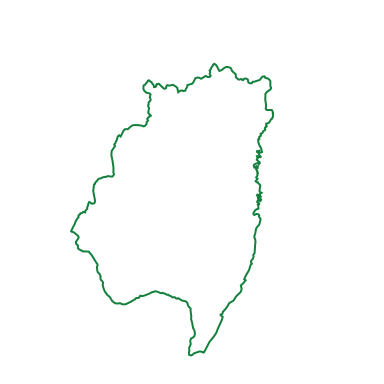 Muse, Shan, Myanmar (Mercator projection), rotated 124°
{"feature_id": "60261553B93917356889079", "entity_name": "Muse", "entity_type": "district", "adm_level": 2, "iso_a3": "MMR", "parent_name": "Myanmar", "parent_adm1": "Shan", "projection": "mercator", "projection_center": [97.913, 23.713], "detail": "fine", "context": "isolated", "style": "outline", "palette": "green", "viewbox_px": 384, "rotation_deg": 124, "n_neighbors": 0, "source": "geoboundaries", "source_scale": "gbopen_adm2", "svg_char_len": 6039}
<svg xmlns="http://www.w3.org/2000/svg" viewBox="0 0 384 384"><g transform="rotate(124 192 192)"><path d="M55.6,196.6L57.1,198.2L61.2,198.5L65.7,202.0L66.7,203.3L68.5,203.3L69.3,204.4L69.7,206.4L69.0,207.3L67.9,208.1L67.6,208.7L67.6,209.8L67.9,211.0L68.7,211.9L70.8,212.3L71.0,213.2L70.7,213.7L70.8,214.4L72.2,215.5L72.8,216.4L72.4,219.7L69.8,221.8L69.7,223.7L69.3,226.3L67.9,228.6L67.6,229.3L67.7,230.5L69.1,233.5L71.3,234.7L73.8,235.4L76.2,236.8L76.3,237.2L73.8,241.7L73.3,243.3L73.2,245.2L73.6,245.4L74.3,245.4L74.8,245.7L75.5,245.5L78.3,245.5L79.1,245.1L80.0,245.3L80.6,245.0L81.5,245.3L82.4,244.0L84.1,243.4L84.7,242.9L85.1,241.6L86.6,241.6L87.8,243.1L88.0,243.8L88.0,245.4L88.9,246.0L89.6,246.1L90.2,246.6L91.0,246.8L93.0,247.7L93.3,250.1L94.1,251.5L95.7,252.8L100.7,252.2L102.3,252.5L105.9,255.6L107.7,254.8L110.4,254.6L111.8,254.2L113.3,255.9L113.3,257.0L114.7,258.4L117.0,259.2L113.9,262.5L113.6,264.4L113.8,267.7L116.5,270.3L117.2,272.2L118.8,272.4L120.3,271.6L121.1,271.9L121.7,272.4L122.0,273.3L120.8,280.1L122.4,281.0L122.5,281.6L123.4,281.5L124.3,280.9L125.4,281.1L126.3,282.1L124.9,283.5L124.1,286.2L123.6,286.8L123.7,289.5L123.5,290.2L124.4,290.8L125.7,290.5L126.6,290.8L127.5,290.7L128.0,290.9L129.4,290.9L130.2,291.5L131.0,291.6L133.8,289.9L134.8,288.0L135.2,285.4L134.0,282.4L134.2,281.0L137.2,279.9L138.1,278.4L138.9,277.7L140.8,277.7L142.0,278.1L143.7,276.9L144.7,276.9L145.7,275.9L146.5,274.5L150.3,272.9L151.0,272.3L151.6,269.0L152.3,268.8L152.9,269.7L154.3,269.6L155.1,270.0L156.3,270.1L157.3,268.4L159.3,268.7L160.5,267.9L162.1,267.8L163.4,268.0L164.6,268.7L165.2,271.0L166.4,273.6L168.9,277.5L170.1,278.6L172.3,279.5L175.8,280.3L177.5,282.8L179.6,283.0L185.9,282.2L185.7,284.1L187.3,284.6L191.9,283.2L192.5,283.4L193.9,282.9L196.1,283.0L196.5,282.0L197.1,281.8L197.2,281.5L202.9,281.5L206.4,279.6L210.3,275.6L215.6,270.8L219.9,268.0L220.8,266.7L222.4,266.4L223.7,266.7L224.9,268.4L225.6,270.3L226.5,271.1L227.7,271.8L228.5,273.2L230.3,274.5L231.2,274.8L232.8,276.4L234.2,277.0L236.1,277.0L237.6,277.3L238.6,277.4L239.4,277.0L240.6,277.4L246.5,274.4L253.1,267.8L254.4,267.0L255.9,266.7L257.2,267.8L257.8,268.8L257.6,270.5L257.8,271.6L260.0,271.3L261.6,270.5L262.9,270.5L264.6,269.4L267.1,269.9L268.7,269.2L269.3,271.0L271.0,271.5L272.1,272.6L273.1,272.3L274.3,272.9L275.8,272.7L276.4,271.9L277.0,272.1L279.1,272.2L281.6,272.0L284.2,271.3L288.6,270.9L289.7,270.5L291.0,270.6L292.2,270.2L292.2,269.4L291.5,267.7L292.1,261.9L292.3,261.5L293.1,260.5L295.5,260.3L298.0,260.4L298.9,260.0L299.6,259.3L299.8,258.8L300.1,256.7L302.2,255.3L302.8,253.7L302.5,253.2L302.5,251.6L302.1,250.5L302.5,249.6L300.8,247.1L299.1,244.0L299.6,243.1L300.4,239.9L303.9,232.3L304.6,230.3L305.6,229.2L307.3,229.0L310.2,226.5L311.2,225.2L311.6,222.9L312.8,220.8L314.4,219.9L315.7,218.7L316.2,216.5L316.9,215.0L319.2,213.9L321.2,211.6L323.2,208.7L324.7,204.5L325.0,201.5L327.2,196.7L327.0,196.1L327.2,193.6L326.1,191.3L324.5,189.6L324.0,186.9L323.4,185.8L321.9,184.1L317.5,181.5L312.4,179.1L311.0,179.0L310.3,177.8L309.4,176.9L306.9,176.9L306.7,176.1L305.8,174.7L304.0,173.2L300.2,170.6L297.1,168.9L296.6,168.2L295.3,167.4L294.2,165.7L293.4,161.7L292.5,160.1L292.1,160.1L291.3,157.1L291.2,155.2L290.4,154.0L290.6,153.3L290.1,150.9L290.3,149.3L288.9,147.5L289.1,145.5L288.6,144.4L287.7,144.0L287.6,139.7L286.2,136.2L286.5,134.0L288.6,131.3L289.5,127.9L291.2,126.8L295.7,122.9L298.0,121.6L300.0,119.1L304.2,115.0L305.4,112.7L307.6,110.4L310.0,109.5L311.8,109.7L314.1,110.9L315.8,110.4L316.9,109.9L318.7,108.0L322.9,107.2L325.5,105.1L326.6,104.9L327.0,104.7L328.6,103.3L328.6,103.0L327.9,101.3L326.8,100.6L324.6,100.1L319.9,96.5L318.7,93.9L318.9,92.9L318.0,92.4L306.0,93.7L300.1,93.1L295.2,93.1L291.5,94.0L280.5,95.9L278.3,96.8L278.2,98.3L277.9,99.7L277.7,99.8L276.0,98.7L273.9,99.4L270.3,98.8L266.6,98.7L263.3,99.0L258.9,96.9L253.5,97.0L249.1,96.0L247.0,95.8L244.5,96.7L242.1,99.3L239.2,98.5L235.2,98.2L235.2,99.9L231.5,100.6L225.0,101.0L219.8,102.6L217.9,102.3L217.4,103.8L215.6,104.5L213.8,104.2L211.3,104.7L209.9,106.0L207.8,105.9L203.9,108.1L200.7,110.0L197.8,111.5L195.9,113.2L194.7,115.0L193.6,115.7L191.7,116.1L186.4,118.4L185.2,118.5L181.4,118.0L176.3,119.9L175.6,120.7L175.4,121.9L174.8,122.9L173.8,123.2L173.4,123.8L173.4,124.5L174.2,126.4L176.3,127.5L176.1,128.3L175.7,128.9L174.6,129.4L172.1,129.4L170.9,129.1L169.9,128.6L169.4,127.9L168.6,127.6L166.2,129.5L165.7,130.3L164.6,129.5L163.8,130.0L164.0,132.1L163.1,132.7L162.2,132.5L161.5,131.4L161.4,130.4L160.5,130.2L159.5,130.5L159.5,131.1L160.6,132.2L161.0,132.8L160.8,133.4L159.9,134.2L159.0,134.6L158.5,136.3L157.6,136.3L157.2,135.5L158.5,133.0L157.8,132.3L157.3,132.4L156.8,133.2L156.8,134.2L156.4,134.6L155.4,134.5L153.8,133.9L154.0,135.8L153.4,136.6L150.1,138.3L148.7,138.8L147.9,139.9L147.7,142.0L147.1,142.9L147.6,143.4L147.7,144.2L147.4,145.3L144.4,145.0L144.0,147.0L141.7,146.9L140.7,147.9L139.8,147.7L138.9,148.7L138.9,149.4L138.1,149.5L137.5,151.4L136.9,151.6L135.4,150.9L133.9,151.9L134.5,153.0L135.3,153.2L136.1,153.0L136.7,153.4L136.9,153.9L135.7,155.5L134.7,155.8L133.3,155.2L131.1,153.6L131.6,152.1L130.0,152.0L129.6,152.5L129.1,156.3L128.5,156.6L126.8,156.4L126.6,157.5L126.0,158.2L125.1,156.7L125.3,155.8L125.0,154.9L124.4,154.7L123.6,157.1L122.1,158.4L122.5,159.2L122.4,160.6L121.9,160.9L120.3,159.4L121.6,158.6L120.9,157.2L119.8,156.3L117.1,159.2L116.4,160.4L116.1,161.5L113.7,164.8L112.8,165.6L112.4,165.6L111.8,165.9L111.4,166.5L110.3,165.9L109.9,166.6L109.1,166.6L108.8,167.0L108.1,167.0L107.1,166.4L106.0,166.7L105.3,167.7L104.2,166.9L102.8,166.6L101.8,167.0L99.8,166.0L99.1,166.3L98.8,167.0L97.8,167.4L95.9,166.8L95.8,167.5L95.2,167.5L94.8,168.1L93.9,168.7L92.1,167.1L91.7,167.0L89.3,166.9L87.5,167.2L86.4,166.6L85.3,167.0L84.3,166.9L82.9,168.0L82.1,168.3L81.7,169.1L80.7,169.3L79.4,171.7L82.3,176.0L81.6,177.6L81.0,177.7L78.5,179.2L74.6,182.8L69.6,186.0L67.1,185.9L63.5,184.4L61.8,184.4L61.2,184.9L60.5,186.3L58.4,187.5L58.0,188.0L56.4,188.9L55.9,189.7L55.4,192.1L56.4,195.1L55.8,195.6L55.6,196.6Z" fill="none" stroke="#15803d" stroke-width="2"/></g></svg>